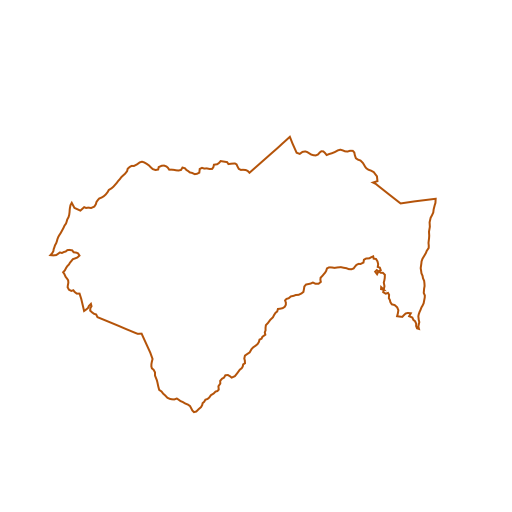 Itapipoca, Ceará, Brazil (Albers equal-area conic projection), rotated 66°
{"feature_id": "56859067B2993519795590", "entity_name": "Itapipoca", "entity_type": "district", "adm_level": 2, "iso_a3": "BRA", "parent_name": "Brazil", "parent_adm1": "Ceará", "projection": "albers", "projection_center": [-39.58, -3.366], "detail": "fine", "context": "isolated", "style": "outline", "palette": "amber", "viewbox_px": 512, "rotation_deg": 66, "n_neighbors": 0, "source": "geoboundaries", "source_scale": "gbopen_adm2", "svg_char_len": 5642}
<svg xmlns="http://www.w3.org/2000/svg" viewBox="0 0 512 512"><g transform="rotate(66 256 256)"><path d="M125.0,320.1L123.5,321.8L123.2,324.2L123.9,327.4L124.1,330.9L123.1,333.1L123.3,335.2L124.1,337.7L126.1,339.3L127.6,342.2L128.5,345.0L129.2,347.0L130.4,349.1L131.4,351.4L132.6,353.5L133.7,355.9L134.7,358.1L135.4,360.5L135.8,363.6L137.3,365.6L138.7,368.3L139.5,370.8L139.8,373.3L139.7,375.9L140.5,377.6L141.7,379.7L143.6,381.3L145.1,383.6L145.1,387.1L143.6,389.5L143.0,391.7L141.5,393.1L142.2,395.2L143.1,398.0L138.2,402.3L132.5,402.7L134.1,404.8L136.5,406.5L138.2,407.5L140.1,408.5L142.4,409.9L144.3,411.5L145.9,413.6L147.7,415.1L149.1,416.4L150.3,418.5L151.9,420.3L154.0,423.0L155.8,425.4L157.0,427.3L158.2,428.9L159.9,430.6L161.4,431.8L163.0,433.3L164.5,435.3L166.1,436.7L167.4,438.0L169.1,439.1L170.5,441.0L171.6,443.4L173.0,440.9L173.9,438.1L173.5,436.0L173.0,433.7L174.3,432.1L174.2,429.9L174.5,428.0L173.9,425.9L174.6,423.9L176.1,421.6L178.4,421.1L179.9,418.7L181.2,417.5L183.8,417.1L184.7,419.8L184.6,422.5L184.4,424.6L185.6,426.9L186.4,428.6L187.7,430.4L188.4,432.3L189.5,434.1L191.4,436.5L192.4,438.8L194.6,438.4L197.6,438.4L199.9,437.8L201.8,437.5L204.1,438.3L206.1,439.7L207.9,440.8L210.7,440.6L212.8,438.9L213.0,436.8L215.1,436.3L217.5,435.0L218.6,432.5L224.1,433.1L236.3,435.4L235.8,432.9L235.2,430.7L233.7,429.0L232.6,426.3L235.0,426.7L236.2,428.5L238.5,429.7L240.8,428.7L242.9,427.5L244.4,425.8L247.4,425.7L252.2,421.1L254.3,419.1L258.6,415.0L264.4,409.5L269.5,404.8L277.3,397.4L279.0,395.7L280.4,392.1L301.3,391.9L308.0,392.4L310.3,394.2L312.2,395.5L314.3,396.5L316.3,396.8L318.3,395.8L321.2,395.6L324.2,396.9L326.7,397.0L329.2,397.1L331.5,397.5L335.2,398.3L338.9,398.9L341.4,397.4L344.0,396.8L346.4,395.7L349.5,394.6L351.5,392.8L352.7,391.1L353.8,389.0L354.0,386.3L355.7,385.2L357.8,384.0L359.6,382.3L361.9,380.7L364.1,378.6L366.3,377.3L369.2,377.1L371.2,377.0L373.4,376.2L373.8,373.8L372.6,370.7L371.7,367.7L370.3,365.8L368.7,364.6L368.1,362.6L366.7,360.7L366.9,358.4L366.3,356.3L364.8,353.8L364.4,350.6L363.4,348.1L363.7,346.2L362.9,344.4L359.7,343.3L358.0,340.5L355.5,339.5L354.3,337.0L354.1,334.7L352.5,332.5L353.3,330.1L355.4,328.6L357.2,327.7L357.2,324.2L355.5,320.9L354.3,318.8L353.3,317.1L352.7,314.7L351.6,313.1L349.8,311.8L349.5,309.7L346.9,308.7L344.9,308.4L342.5,306.6L342.0,304.0L341.5,301.0L339.2,297.9L338.3,295.7L337.8,292.9L337.1,290.4L335.7,288.3L333.8,286.8L333.8,284.6L332.4,283.0L331.7,279.5L329.3,279.0L327.8,277.5L325.5,276.5L323.2,275.1L322.0,272.2L320.1,268.9L318.9,265.5L317.2,263.4L315.8,261.2L315.3,259.2L313.3,257.5L314.0,255.3L314.5,252.8L314.1,250.4L312.7,248.6L310.8,247.7L308.4,247.5L307.6,245.6L307.9,243.3L307.1,240.6L307.7,237.8L307.8,235.6L308.8,232.8L308.7,229.7L308.1,227.3L305.8,225.7L303.5,224.2L302.4,221.9L303.0,219.3L303.4,217.3L303.4,214.8L305.5,213.0L306.8,210.1L306.0,207.3L304.0,206.9L302.1,205.8L301.1,203.3L300.1,201.3L299.3,199.6L298.2,198.0L296.2,196.2L296.1,193.9L297.3,191.4L298.8,189.1L299.6,186.2L300.7,183.0L302.4,180.7L303.9,178.4L305.7,176.6L306.9,174.3L307.1,171.9L306.1,170.2L305.0,167.9L304.9,165.5L305.8,163.8L305.7,160.5L303.3,158.9L303.1,156.4L304.2,153.5L304.0,151.4L304.0,149.1L306.3,149.6L307.5,147.6L310.3,147.2L313.1,147.7L315.5,149.2L317.0,147.6L319.7,147.8L319.9,150.4L322.1,148.8L323.0,146.9L325.6,145.9L328.4,147.3L330.4,148.6L332.3,150.1L335.8,150.9L338.7,153.0L340.8,154.5L343.2,152.8L343.4,150.4L345.6,150.2L348.6,151.8L350.5,151.6L352.9,152.0L355.4,151.6L357.2,149.3L360.3,147.9L363.4,148.0L366.2,149.8L368.4,151.6L369.9,149.2L371.1,147.1L370.3,145.2L369.4,142.7L369.8,140.4L371.3,137.9L373.3,140.6L375.8,138.2L378.4,138.2L380.3,137.2L383.0,137.2L385.1,138.2L387.6,138.3L388.9,136.8L386.5,136.4L384.4,134.9L382.8,133.7L380.5,133.3L377.1,132.2L375.4,131.0L373.6,129.3L372.4,127.9L370.2,125.7L369.1,124.1L367.4,122.1L362.5,118.7L360.7,117.8L358.0,117.8L354.2,115.7L352.0,114.2L349.6,113.3L347.1,112.5L344.3,112.5L341.8,111.9L339.1,111.9L337.1,111.3L334.1,110.5L330.1,108.0L328.2,106.9L326.2,105.0L323.9,101.7L322.3,99.5L320.8,98.0L318.9,95.0L316.9,94.0L314.2,93.1L312.0,91.8L310.2,90.7L307.9,89.5L304.2,88.1L300.0,85.3L295.8,83.7L292.1,80.9L290.4,78.7L288.4,76.4L285.6,74.7L282.3,72.1L280.5,70.5L276.8,68.6L270.6,88.9L268.9,95.0L267.7,99.3L266.8,102.5L265.0,103.5L253.9,109.4L241.7,115.8L238.9,117.2L236.5,119.2L237.0,114.6L235.2,114.0L232.4,113.1L230.0,113.7L227.3,114.3L224.8,116.2L222.9,118.2L220.8,119.5L218.9,120.0L216.8,120.2L214.5,120.5L211.3,121.7L209.4,123.7L207.3,125.0L204.1,124.7L201.4,124.1L199.3,124.8L198.1,127.4L197.8,129.9L196.6,132.1L194.8,133.8L193.2,135.7L192.8,138.2L193.1,141.7L193.0,144.9L192.6,147.7L192.5,150.4L189.8,151.1L187.8,152.0L186.9,153.7L187.3,155.5L188.5,158.2L188.4,160.6L187.3,162.5L185.8,164.3L183.7,165.7L181.8,167.0L180.5,168.5L179.8,171.2L180.5,174.5L178.2,176.9L167.8,176.9L160.9,176.6L164.1,186.4L166.1,192.3L168.1,198.8L177.3,228.1L174.9,229.0L173.3,230.4L172.0,232.7L171.2,234.8L169.4,236.3L166.4,236.5L164.4,236.5L162.9,237.6L161.7,240.8L160.8,243.8L158.5,244.2L156.6,247.1L154.9,249.7L155.9,251.8L156.4,254.1L155.5,257.3L157.4,258.7L158.6,260.6L157.7,262.9L155.9,265.4L155.1,267.7L153.5,269.5L153.6,272.0L156.8,273.9L156.9,276.5L156.3,278.7L154.1,280.6L152.7,282.5L151.0,283.3L149.1,284.6L147.0,285.2L145.3,287.2L146.9,289.5L146.4,292.0L145.3,294.0L143.9,296.0L142.9,297.8L141.8,300.2L139.5,300.6L137.8,301.4L136.0,303.2L135.2,305.4L135.2,308.7L137.2,310.2L136.6,312.8L134.6,315.0L131.8,316.2L129.8,316.9L127.3,318.4L125.0,320.1ZM319.9,150.4L318.0,151.4L318.8,153.5L321.9,152.8L319.9,150.4ZM338.7,153.0L335.4,154.3L337.1,155.2L338.7,153.0Z" fill="none" stroke="#b45309" stroke-width="2"/></g></svg>